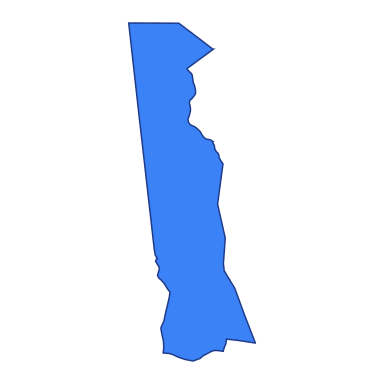 outline of Abu Hamad, River Nile, Sudan
{"feature_id": "16777658B63373210852762", "entity_name": "Abu Hamad", "entity_type": "district", "adm_level": 2, "iso_a3": "SDN", "parent_name": "Sudan", "parent_adm1": "River Nile", "projection": "orthographic", "projection_center": [33.396, 20.198], "detail": "fine", "context": "isolated", "style": "filled", "palette": "blue", "viewbox_px": 384, "rotation_deg": 0, "n_neighbors": 0, "source": "geoboundaries", "source_scale": "gbopen_adm2", "svg_char_len": 2264}
<svg xmlns="http://www.w3.org/2000/svg" viewBox="0 0 384 384"><path d="M213.3,49.2L212.9,49.2L192.9,33.9L192.7,33.7L186.8,29.3L178.8,23.2L178.2,23.2L177.0,23.2L174.9,23.2L157.5,23.1L128.7,23.0L128.7,23.3L128.9,24.8L139.4,118.7L142.1,142.2L154.3,249.6L155.3,255.3L157.3,258.3L156.4,259.1L155.6,261.3L159.2,267.3L159.1,269.7L157.5,275.4L158.7,277.9L161.3,280.2L164.2,283.5L168.0,289.6L170.0,292.0L169.5,295.0L169.6,295.8L168.5,300.6L165.5,313.2L165.2,314.8L164.0,320.7L160.9,327.8L161.1,330.0L162.2,335.6L163.3,340.0L163.8,347.1L163.4,351.0L163.2,352.9L163.8,353.1L168.7,353.4L172.1,354.3L178.9,357.4L185.2,359.5L193.1,361.0L200.2,358.4L202.9,355.9L211.0,351.6L214.0,350.5L217.4,350.5L223.2,351.3L223.5,350.1L223.7,349.6L223.9,348.7L224.0,348.2L224.9,345.9L225.5,344.8L226.0,343.1L226.3,340.6L226.3,339.7L226.4,339.1L238.0,340.4L238.7,340.5L251.9,342.5L253.4,342.8L255.3,343.0L255.3,342.9L255.2,342.6L245.2,316.7L242.7,310.0L235.8,291.1L235.7,290.8L234.8,288.5L234.3,287.4L230.9,282.0L230.4,281.1L230.0,280.2L227.4,276.2L225.0,272.0L224.6,271.5L224.3,271.1L224.2,270.7L223.6,265.3L223.4,263.6L223.8,258.0L225.1,240.0L225.2,237.9L219.9,214.3L217.6,204.1L219.7,188.3L223.0,163.8L222.5,163.2L222.1,162.7L220.4,160.1L219.4,158.0L219.0,156.6L218.8,155.2L218.5,154.1L217.9,153.2L217.3,152.5L216.2,151.5L215.7,150.6L215.1,149.6L214.7,148.3L214.5,146.8L214.3,145.5L214.0,144.9L213.6,144.2L213.1,143.3L212.9,141.9L212.2,141.0L212.3,141.0L211.7,140.6L211.4,140.4L211.2,140.3L210.1,139.8L209.0,139.5L207.3,139.3L206.1,139.0L206.0,138.9L205.1,138.3L204.3,137.7L204.1,137.5L202.9,136.1L201.8,134.5L201.3,133.6L200.7,132.3L199.5,130.9L197.8,129.3L196.5,128.1L194.9,126.9L193.3,126.1L193.2,126.1L191.5,125.4L191.3,125.3L189.4,123.7L188.3,121.7L188.0,119.5L188.3,118.3L188.5,117.8L188.6,117.4L189.2,116.0L190.1,112.2L190.3,111.8L190.4,110.4L190.5,108.5L190.3,107.5L190.0,105.4L189.5,103.6L189.4,102.6L189.5,101.6L189.9,100.6L190.6,99.8L192.3,98.2L193.6,96.6L194.8,94.9L195.5,93.5L195.6,91.4L195.3,89.1L194.8,86.7L194.5,85.5L193.6,83.3L193.3,82.3L193.2,81.8L192.8,79.0L192.4,76.5L192.2,75.0L191.7,74.2L191.2,73.3L189.1,71.5L187.9,70.0L187.1,69.0L187.0,68.6L187.9,67.9L190.0,66.4L196.7,61.4L212.2,50.0L212.3,49.9L213.3,49.2Z" fill="#3b82f6" stroke="#1e3a8a" stroke-width="1.5"/></svg>